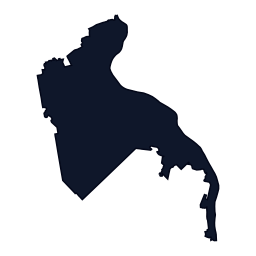 the district of Dunavas pag., Jekabpils, Latvia
{"feature_id": "27541924B9707023738482", "entity_name": "Dunavas pag.", "entity_type": "district", "adm_level": 2, "iso_a3": "LVA", "parent_name": "Latvia", "parent_adm1": "Jekabpils", "projection": "albers", "projection_center": [26.187, 56.189], "detail": "fine", "context": "isolated", "style": "filled", "palette": "ink", "viewbox_px": 256, "rotation_deg": 0, "n_neighbors": 0, "source": "geoboundaries", "source_scale": "gbopen_adm2", "svg_char_len": 5342}
<svg xmlns="http://www.w3.org/2000/svg" viewBox="0 0 256 256"><path d="M41.4,98.6L42.0,103.0L42.8,107.4L43.1,107.3L43.3,107.4L43.6,107.4L45.5,107.5L46.0,108.0L46.4,108.2L46.5,108.3L46.5,108.6L46.5,109.0L46.6,109.3L46.3,110.0L45.9,110.3L45.2,111.3L45.2,111.6L45.3,111.8L45.3,112.1L45.1,112.3L44.9,112.4L44.8,112.6L44.4,112.8L44.2,113.0L44.1,113.4L44.1,113.7L44.2,114.1L44.3,114.5L44.4,114.8L44.5,115.3L44.5,116.0L44.7,116.5L44.8,116.8L45.0,116.9L45.5,117.2L45.8,117.4L46.1,117.4L46.8,117.3L47.0,117.2L47.3,116.8L47.6,116.2L48.0,115.6L48.3,115.2L48.6,115.1L49.3,115.6L50.0,116.3L50.3,116.5L50.7,116.6L51.0,116.8L51.3,117.4L51.7,118.1L51.9,118.4L52.0,118.6L52.0,118.9L52.0,119.3L52.0,119.5L51.9,119.7L51.8,119.9L51.2,120.3L51.1,120.5L51.1,121.0L51.4,121.4L51.5,121.7L51.6,121.9L51.6,122.2L52.1,122.7L56.9,127.1L57.1,127.3L57.1,127.5L57.8,131.8L57.9,132.0L57.9,133.6L55.0,134.1L55.2,135.9L55.7,138.5L56.2,141.5L58.2,153.7L58.3,154.2L61.1,170.6L62.8,180.4L62.9,180.5L69.4,187.3L69.5,187.4L75.1,193.3L75.2,193.5L76.5,193.1L78.7,195.7L79.3,196.4L79.5,196.5L82.3,199.6L107.0,176.0L135.8,148.3L141.3,148.9L141.3,149.0L147.5,149.7L150.7,150.1L151.6,149.2L150.5,148.2L150.0,147.9L149.8,147.7L149.7,147.4L149.8,146.8L150.7,146.3L151.5,145.9L153.3,146.5L157.0,147.1L158.8,148.6L159.0,151.6L157.1,151.7L157.2,152.4L157.3,152.5L158.2,153.8L159.2,154.7L162.5,156.0L163.6,156.3L162.5,157.3L161.7,162.9L162.4,163.1L162.2,163.5L164.0,165.1L164.0,165.6L163.5,166.4L163.0,168.3L161.9,169.7L162.2,170.2L161.7,171.5L160.7,173.2L160.3,173.3L159.7,173.2L159.4,173.8L160.4,174.0L159.9,175.3L160.1,175.6L160.3,176.0L161.1,176.1L162.2,176.0L162.7,173.9L167.7,179.0L168.2,176.5L168.3,176.2L168.7,174.1L169.9,168.8L170.0,168.7L170.3,168.5L170.9,167.8L171.5,167.3L171.8,167.2L172.5,167.2L172.8,167.1L173.1,166.9L173.3,166.6L173.4,166.3L173.4,166.1L173.8,165.7L175.3,164.9L175.8,164.8L176.4,164.8L176.7,164.6L176.8,164.8L181.2,169.3L183.8,166.8L183.7,166.8L185.1,165.5L188.4,162.4L188.9,162.8L187.9,164.2L190.5,164.5L191.6,165.3L191.9,165.9L192.3,168.0L192.8,168.7L196.4,169.8L196.7,169.9L200.0,169.6L200.9,169.5L201.4,169.2L201.7,168.9L203.8,169.4L204.5,171.6L205.4,173.3L206.4,172.6L206.7,173.3L206.7,174.3L205.8,176.0L205.3,176.7L205.4,178.5L204.0,180.3L204.3,181.1L205.1,181.3L205.1,181.2L209.5,182.2L210.6,184.5L210.7,184.9L207.4,199.6L205.3,198.9L206.3,195.3L206.2,195.1L205.8,195.1L204.5,194.6L200.4,204.8L200.6,207.4L202.2,207.6L202.2,207.8L202.4,207.9L202.5,207.9L202.8,207.9L203.5,207.9L204.2,208.0L204.8,208.1L206.1,207.8L206.3,207.5L206.3,207.4L206.7,207.2L207.0,212.1L206.9,216.7L207.1,218.8L207.7,220.4L207.8,220.6L207.8,221.3L208.7,229.0L207.2,229.9L207.4,231.2L205.0,231.8L205.5,233.3L205.6,234.1L205.6,234.9L205.2,236.2L206.9,237.0L208.7,237.6L209.0,237.6L209.3,237.7L209.5,237.4L209.9,237.3L210.9,237.2L211.0,238.1L210.9,239.0L210.8,239.6L210.9,240.3L211.4,240.0L212.5,239.7L212.9,239.4L213.2,240.0L213.6,240.3L214.2,240.6L216.4,240.5L216.2,236.7L216.1,234.4L215.8,232.6L215.2,230.1L214.6,226.2L214.5,222.8L214.8,218.7L215.3,214.8L214.8,211.5L214.6,206.3L214.8,201.8L216.4,197.1L217.8,192.1L218.6,188.9L218.6,185.3L217.4,180.8L216.3,177.0L214.7,173.5L213.1,170.8L211.1,167.2L209.5,164.5L207.8,161.4L206.2,158.3L204.5,154.9L202.1,151.0L201.4,149.4L200.2,147.5L198.4,145.9L196.5,144.1L193.8,141.9L187.6,137.4L184.8,135.4L183.1,133.5L180.9,130.3L179.2,127.9L177.4,125.5L177.1,124.0L177.0,122.7L176.9,120.7L177.1,118.6L177.0,116.8L176.7,115.0L175.9,113.6L174.9,112.3L173.3,111.0L170.9,109.2L167.8,107.1L163.5,104.6L159.6,102.4L158.4,101.2L155.2,98.7L152.3,96.7L148.3,94.8L143.7,93.1L141.8,92.8L137.5,92.1L127.1,89.5L125.3,88.8L123.3,87.7L121.5,86.4L120.0,84.9L118.2,82.4L112.7,75.1L110.7,71.4L110.1,69.7L109.7,68.4L109.9,66.7L110.7,63.5L111.5,61.2L112.3,59.4L113.4,57.6L115.2,55.4L116.2,54.4L118.8,52.5L119.4,51.9L120.6,50.4L121.5,48.7L122.2,46.2L122.6,43.9L123.0,41.8L123.2,41.3L123.9,40.1L124.8,38.9L126.1,36.6L126.7,35.1L127.2,32.3L127.1,30.3L127.1,27.6L127.0,26.3L126.7,25.4L126.1,24.6L124.5,23.5L121.8,21.8L120.2,20.5L118.6,18.8L117.9,17.2L117.2,15.4L116.3,15.7L115.7,15.9L115.5,15.5L115.4,15.5L115.3,16.0L115.2,16.2L115.0,16.3L114.9,16.5L114.9,17.2L114.9,17.4L114.8,18.0L114.8,18.4L114.7,18.8L114.9,19.1L114.8,19.8L114.7,20.0L114.3,20.2L114.1,20.2L113.9,20.0L113.5,20.1L113.3,19.9L112.9,19.8L112.4,19.6L112.1,19.5L111.6,19.7L111.3,19.7L111.1,19.8L110.6,19.8L110.4,19.8L110.0,20.0L109.5,20.2L109.0,20.1L108.7,20.3L108.3,20.2L108.2,20.3L108.1,20.6L107.7,20.8L107.6,21.1L107.7,21.3L107.2,21.3L107.0,21.5L105.4,21.9L104.9,22.1L102.8,22.6L99.7,23.7L96.4,24.8L94.8,25.8L92.8,27.0L88.8,28.8L89.3,29.5L89.6,30.7L89.4,32.7L89.6,36.5L88.6,36.5L86.1,36.7L85.9,37.1L84.5,37.5L83.9,37.9L82.2,38.4L82.0,38.6L81.6,40.5L81.7,41.1L81.7,41.4L82.3,42.0L82.5,42.6L82.6,42.8L82.1,43.7L82.0,43.9L81.4,44.2L81.2,44.5L81.7,45.6L82.4,46.3L81.8,47.0L80.6,47.8L78.3,48.9L77.7,49.3L75.0,50.0L74.5,50.2L73.6,50.9L67.1,56.2L67.7,57.7L68.9,59.8L71.6,65.3L64.6,67.0L63.1,63.6L62.5,62.2L63.3,59.2L60.3,59.7L59.9,58.6L58.7,58.9L58.9,60.0L56.4,60.5L56.3,59.9L54.4,58.1L53.5,58.4L53.0,58.6L53.6,60.0L52.8,59.8L51.4,60.7L51.2,60.4L49.4,60.7L49.0,60.7L48.5,61.4L48.0,61.9L45.6,62.3L45.9,63.6L44.5,63.7L44.0,65.0L44.3,66.0L45.1,67.7L44.6,69.8L42.3,69.7L42.9,73.4L41.5,74.8L37.4,75.5L37.9,78.6L38.1,79.4L39.3,87.2L40.3,92.6L41.4,98.6Z" fill="#0f172a" stroke="#020617" stroke-width="1.5"/></svg>